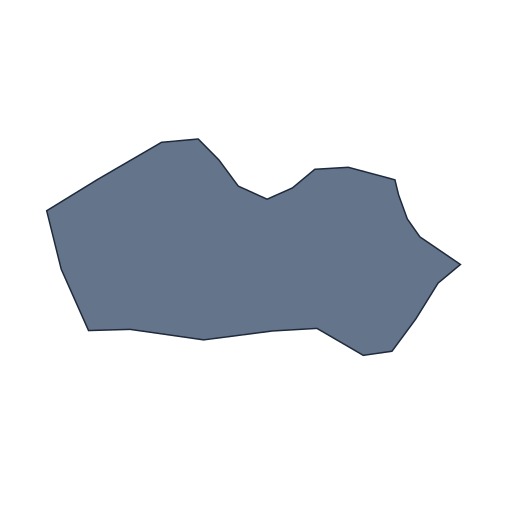 Bushenyi, Robinson projection, rotated 156°
{"feature_id": "UGA-3366", "entity_name": "Bushenyi", "entity_type": "District", "adm_level": 1, "iso_a3": "UGA", "parent_name": "Uganda", "parent_adm1": "", "projection": "robinson", "projection_center": [30.086, -0.492], "detail": "fine", "context": "isolated", "style": "filled", "palette": "slate", "viewbox_px": 512, "rotation_deg": 156, "n_neighbors": 0, "source": "natural_earth", "source_scale": "10m", "svg_char_len": 479}
<svg xmlns="http://www.w3.org/2000/svg" viewBox="0 0 512 512"><g transform="rotate(156 256 256)"><path d="M98.1,269.1L100.9,253.7L102.7,228.3L98.5,206.8L72.7,165.1L100.7,157.2L135.6,133.5L170.5,113.7L198.4,121.6L229.8,165.1L271.7,180.9L338.0,200.7L400.9,240.2L439.3,256.0L439.3,323.2L428.8,382.5L369.4,390.4L296.1,398.3L261.2,386.4L250.8,358.8L243.8,327.1L222.8,303.4L194.9,303.4L167.0,311.3L135.6,299.5L98.1,269.1Z" fill="#64748b" stroke="#1e293b" stroke-width="1.5"/></g></svg>